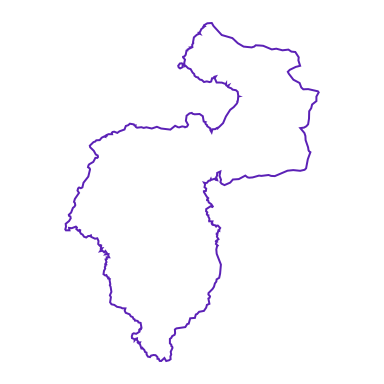 outline of Minahasa Selatan, Sulawesi Utara, Indonesia
{"feature_id": "22746128B98133955192071", "entity_name": "Minahasa Selatan", "entity_type": "district", "adm_level": 2, "iso_a3": "IDN", "parent_name": "Indonesia", "parent_adm1": "Sulawesi Utara", "projection": "mercator", "projection_center": [124.506, 1.071], "detail": "fine", "context": "isolated", "style": "outline", "palette": "violet", "viewbox_px": 384, "rotation_deg": 0, "n_neighbors": 0, "source": "geoboundaries", "source_scale": "gbopen_adm2", "svg_char_len": 5953}
<svg xmlns="http://www.w3.org/2000/svg" viewBox="0 0 384 384"><path d="M139.6,343.1L141.4,348.5L142.3,348.6L142.5,348.1L144.4,350.1L145.0,351.9L146.5,352.6L146.6,354.5L147.9,356.6L150.0,357.1L151.1,355.6L153.6,355.0L155.6,355.2L157.4,357.0L157.5,358.8L158.7,358.8L159.7,360.9L161.2,361.0L164.4,358.0L166.2,361.0L169.0,360.3L170.6,359.2L170.4,356.4L171.2,354.5L170.7,351.8L172.5,347.9L172.2,346.7L171.4,346.2L171.3,344.8L169.9,343.3L169.9,338.9L171.3,337.9L172.2,336.1L174.6,334.8L175.1,333.2L174.9,329.5L176.4,328.4L185.3,327.1L187.3,324.0L188.7,323.7L190.2,318.3L194.9,317.9L195.8,314.5L197.1,314.0L199.1,311.8L203.9,310.9L206.2,307.6L206.9,304.9L209.4,303.8L208.4,298.5L209.6,297.7L210.0,296.3L208.4,294.5L208.5,293.1L212.7,288.8L214.0,286.7L214.9,283.4L216.3,281.6L216.6,279.4L219.2,277.8L220.1,273.6L220.9,264.6L216.7,253.8L216.3,249.4L217.1,246.1L217.7,245.6L215.9,243.9L216.5,242.5L216.1,241.8L216.9,241.6L216.3,240.8L218.5,239.2L216.9,236.7L217.4,235.0L216.7,234.5L216.7,233.5L217.6,233.2L218.4,230.4L219.3,230.8L219.3,229.5L220.2,228.0L217.9,225.6L216.9,225.6L216.1,226.5L215.2,225.3L212.9,224.9L212.5,223.8L212.0,224.1L211.7,223.5L212.4,221.4L208.4,221.3L209.3,220.9L209.4,218.6L208.3,216.6L208.4,215.3L207.3,215.0L206.8,214.1L207.3,212.3L206.1,211.3L206.2,209.1L210.5,206.3L212.3,207.0L212.8,206.5L211.3,204.2L208.7,202.4L208.2,200.4L207.1,200.2L207.1,199.4L208.2,198.1L206.9,196.9L203.9,192.0L203.9,191.2L205.9,190.9L206.2,188.6L204.5,187.2L205.1,184.3L204.1,182.7L205.7,183.1L207.1,182.7L208.5,180.8L210.1,180.6L210.9,179.0L211.2,179.9L215.1,178.6L215.6,179.8L217.2,180.2L216.2,177.2L217.0,175.8L217.2,172.9L220.3,171.5L219.5,175.8L221.0,179.7L220.4,182.2L221.6,183.7L224.5,185.1L230.2,182.6L232.9,179.5L238.8,179.1L245.3,175.6L247.5,177.3L249.2,177.7L252.7,177.4L259.0,175.6L261.4,175.9L268.6,175.0L271.1,175.9L274.8,176.1L287.5,170.7L293.3,170.1L300.2,170.8L304.6,169.8L306.1,168.3L307.8,159.3L310.4,152.2L309.1,151.3L308.5,150.1L308.1,147.4L305.6,140.1L305.4,136.0L304.4,133.0L300.3,128.1L304.0,127.6L306.3,126.3L308.1,124.3L309.0,118.7L309.2,111.2L311.2,108.2L312.1,104.5L316.4,101.1L316.4,96.6L318.7,92.4L317.9,91.3L308.2,89.1L303.3,89.3L301.3,87.5L299.6,83.0L293.4,79.7L288.8,73.7L287.8,71.8L289.8,69.8L295.8,66.9L300.1,65.8L298.4,60.4L298.7,57.3L295.3,52.0L291.4,51.6L288.4,49.6L282.5,50.3L276.3,48.7L271.8,49.4L263.2,45.8L259.7,45.5L255.7,45.3L254.2,46.6L251.7,47.4L243.6,46.6L237.8,43.2L232.4,38.1L221.7,35.0L213.5,26.0L211.8,23.0L207.3,23.3L204.5,25.0L204.5,24.5L203.9,25.7L204.7,26.3L203.3,26.9L203.5,27.4L201.3,29.1L200.0,32.0L199.0,32.6L199.1,33.1L199.6,33.2L200.0,33.8L198.5,33.2L198.5,34.1L196.8,34.8L193.9,37.4L193.0,42.4L193.3,43.0L192.2,44.7L192.3,46.8L190.7,47.2L191.5,47.6L187.6,49.5L187.5,50.4L186.5,50.6L185.7,54.8L184.4,56.4L183.1,56.8L183.1,57.4L185.0,59.6L184.2,63.0L184.8,66.2L185.7,65.9L188.2,68.3L190.6,69.1L192.6,72.6L194.2,74.0L194.5,75.7L196.1,77.0L198.2,77.5L198.4,78.3L200.1,79.7L201.7,79.9L204.0,82.0L206.8,81.4L209.7,82.1L211.2,81.5L212.0,78.4L212.7,78.5L214.4,76.8L215.8,76.4L214.7,78.2L216.6,82.5L221.8,82.6L225.8,84.1L226.1,83.6L226.1,85.2L226.6,85.7L227.3,86.0L228.6,85.3L227.9,86.5L228.1,87.1L231.4,88.4L232.5,89.6L235.9,90.2L237.7,91.8L238.3,96.2L239.0,96.4L238.2,96.6L237.9,100.2L237.3,101.5L237.6,101.9L236.8,103.6L233.7,107.1L230.2,109.8L225.9,116.5L223.1,123.1L218.9,127.2L217.3,127.9L218.2,129.0L216.7,128.1L215.3,129.1L212.4,129.3L211.6,132.3L210.3,130.0L210.3,128.4L207.2,126.2L207.1,125.2L205.8,124.2L205.1,122.5L205.5,122.1L203.7,121.5L202.8,116.2L199.6,114.0L194.6,114.3L192.5,113.7L191.8,112.9L189.5,113.4L186.6,115.7L185.9,120.8L188.1,124.8L187.0,126.6L185.3,127.2L185.6,127.9L184.8,126.9L182.2,126.4L178.7,127.5L178.5,128.1L178.5,127.4L175.1,125.8L170.4,129.6L161.1,128.5L156.9,126.8L151.8,128.5L146.4,127.3L143.7,127.9L141.3,127.2L137.1,127.7L135.9,127.0L135.2,126.0L135.5,125.4L134.3,125.3L133.8,124.4L129.9,123.7L128.2,125.2L125.8,126.0L124.5,129.5L119.5,131.3L117.3,132.9L114.2,131.7L112.6,132.0L111.8,132.8L112.1,134.2L108.4,134.2L106.2,135.4L106.6,135.9L106.3,136.1L105.6,136.4L105.6,135.7L104.9,136.2L105.1,136.8L104.1,136.5L101.7,137.7L99.7,140.1L96.3,140.3L95.1,141.6L93.5,142.1L89.8,145.7L90.2,147.3L93.8,150.8L95.8,154.5L97.7,155.5L98.0,157.0L97.3,157.9L95.4,157.9L93.3,161.9L89.2,164.3L88.5,165.3L88.0,167.2L89.7,168.4L90.0,169.5L88.3,176.6L83.5,182.7L82.4,187.4L80.8,188.2L79.1,187.5L78.1,188.4L77.5,190.6L79.0,192.9L74.9,198.9L74.0,201.9L74.8,202.8L75.3,205.1L74.5,206.6L72.9,207.9L71.1,212.6L68.8,214.8L69.0,215.8L70.4,216.5L70.7,218.3L69.1,221.0L65.7,223.8L66.0,226.7L65.3,229.4L65.9,230.3L69.5,230.3L69.1,227.9L71.7,228.2L75.9,226.6L76.9,227.5L76.3,229.0L78.3,230.8L79.4,229.9L80.2,230.2L80.0,232.0L80.9,233.7L82.6,234.6L84.0,236.7L86.2,237.5L88.2,236.0L89.5,236.1L90.9,235.4L91.2,236.9L95.0,238.7L97.3,238.3L98.5,241.0L98.2,244.0L99.7,245.7L100.6,245.1L101.2,245.4L100.8,248.5L102.2,248.3L100.2,251.2L102.4,250.7L104.2,252.3L105.4,251.0L106.8,253.0L105.5,254.4L108.5,254.1L108.3,255.8L109.1,257.3L106.7,257.3L106.8,259.0L105.6,259.4L106.5,262.1L105.7,263.3L106.1,264.2L105.3,264.2L105.2,264.9L105.6,265.8L104.8,267.1L105.2,268.5L104.0,270.8L103.5,274.2L105.3,275.5L106.4,275.1L107.3,276.9L108.6,277.5L108.2,278.5L109.8,279.1L109.5,279.7L110.3,284.2L109.8,285.1L110.6,286.7L111.4,291.9L109.9,295.3L110.9,297.1L110.1,302.3L111.5,304.3L114.3,304.9L117.0,306.8L120.8,307.5L122.3,308.3L125.4,308.4L124.7,310.7L125.7,312.8L129.6,314.3L130.8,316.3L132.7,317.1L133.5,318.9L134.6,319.4L134.9,320.6L136.9,320.7L138.1,321.4L138.4,322.4L140.6,322.9L141.5,327.9L140.9,328.2L140.9,329.1L139.8,329.1L139.2,329.8L139.2,330.6L139.7,330.6L139.5,331.7L136.2,333.8L133.8,333.3L132.6,333.9L131.8,336.3L132.0,338.1L134.6,339.2L134.6,340.4L136.0,338.7L137.0,338.4L136.9,339.9L138.1,341.6L137.7,342.5L138.3,343.1L138.7,342.4L140.0,342.4L139.6,343.1ZM180.1,68.4L182.7,67.1L182.6,64.0L181.8,63.3L179.9,63.5L178.2,65.8L178.7,67.4L180.1,68.4Z" fill="none" stroke="#5b21b6" stroke-width="2"/></svg>